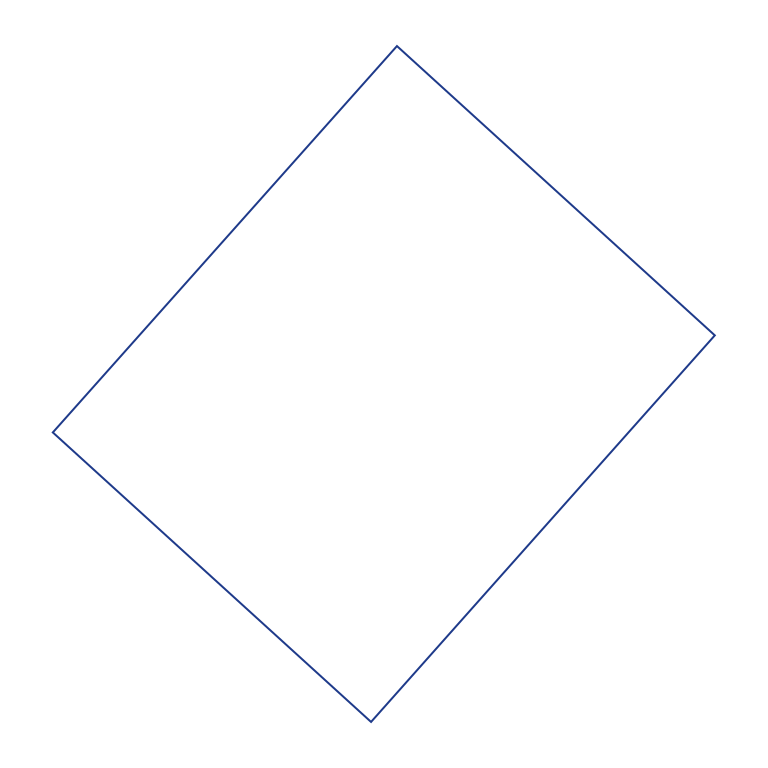 Lane, Kansas, United States of America, rotated 42°
{"feature_id": "52423323B53058903446766", "entity_name": "Lane", "entity_type": "district", "adm_level": 2, "iso_a3": "USA", "parent_name": "United States of America", "parent_adm1": "Kansas", "projection": "robinson", "projection_center": [-100.503, 38.481], "detail": "fine", "context": "isolated", "style": "outline", "palette": "blue", "viewbox_px": 768, "rotation_deg": 42, "n_neighbors": 0, "source": "geoboundaries", "source_scale": "gbopen_adm2", "svg_char_len": 237}
<svg xmlns="http://www.w3.org/2000/svg" viewBox="0 0 768 768"><g transform="rotate(42 384 384)"><path d="M167.5,124.2L170.3,641.6L385.7,642.7L600.5,643.8L597.3,126.5L167.5,124.2Z" fill="none" stroke="#1e3a8a" stroke-width="2"/></g></svg>